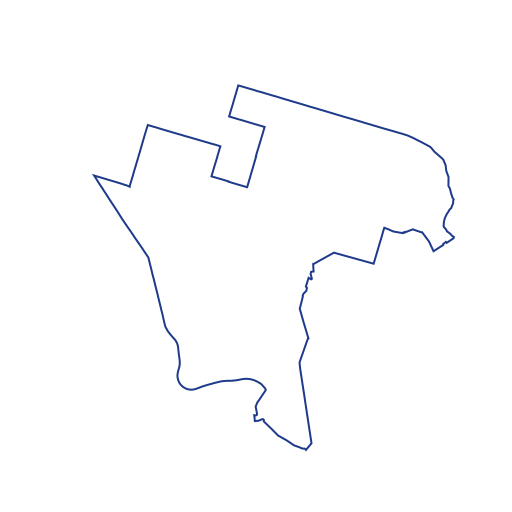 Burnside, South Australia, Australia (Natural Earth projection), rotated 20°
{"feature_id": "25037944B2025658304279", "entity_name": "Burnside", "entity_type": "district", "adm_level": 2, "iso_a3": "AUS", "parent_name": "Australia", "parent_adm1": "South Australia", "projection": "natural_earth1", "projection_center": [138.659, -34.944], "detail": "fine", "context": "isolated", "style": "outline", "palette": "blue", "viewbox_px": 512, "rotation_deg": 20, "n_neighbors": 0, "source": "geoboundaries", "source_scale": "gbopen_adm2", "svg_char_len": 5844}
<svg xmlns="http://www.w3.org/2000/svg" viewBox="0 0 512 512"><g transform="rotate(20 256 256)"><path d="M76.4,235.8L78.4,237.3L81.7,239.9L86.1,243.2L89.3,245.5L89.8,246.0L94.0,249.1L98.8,252.8L103.9,256.6L106.5,258.5L110.2,261.3L115.9,265.7L117.4,266.9L118.4,267.6L121.8,270.1L129.0,275.2L133.1,278.1L135.6,280.0L146.2,287.5L150.5,290.7L153.6,292.9L155.2,294.1L155.7,294.7L157.8,297.9L161.0,302.6L162.1,304.2L164.5,307.9L165.6,309.5L168.2,313.2L171.0,317.4L171.7,318.5L175.8,324.5L177.1,326.4L177.7,327.4L179.8,330.5L182.8,335.0L184.9,338.2L187.7,342.3L190.8,347.1L191.2,347.7L192.6,349.9L195.0,353.4L195.9,354.2L196.7,354.9L197.6,355.7L198.4,356.4L198.8,356.7L199.3,357.0L199.7,357.4L200.6,357.9L203.0,359.4L204.5,360.2L205.4,360.7L206.5,361.3L207.5,361.8L207.7,362.0L208.4,362.3L209.3,362.9L209.9,363.4L210.2,363.6L211.0,364.4L211.8,365.1L212.1,365.6L212.5,366.0L213.4,367.3L213.7,367.9L214.0,368.4L215.8,372.1L217.5,375.5L218.7,377.7L219.8,379.9L220.3,380.9L220.7,382.0L221.1,383.1L221.5,384.3L221.7,385.3L221.8,386.3L222.0,387.4L222.0,388.0L222.3,391.4L222.5,393.0L222.9,394.7L223.1,395.2L223.5,396.2L224.0,397.2L224.4,397.8L224.6,398.1L225.2,399.0L225.9,399.9L226.4,400.4L227.0,401.1L228.0,401.8L228.8,402.4L229.8,403.0L230.5,403.3L231.2,403.6L232.2,404.0L232.8,404.1L233.8,404.3L234.9,404.5L235.9,404.5L236.5,404.6L237.6,404.5L238.7,404.3L240.3,404.0L241.3,403.6L242.2,403.2L242.8,402.9L243.3,402.6L243.7,402.3L244.2,402.0L244.6,401.7L247.1,399.7L250.4,396.8L253.7,394.3L256.1,392.6L257.4,391.7L259.6,390.1L260.1,389.7L261.0,389.1L261.5,388.8L261.9,388.5L262.4,388.2L263.4,387.5L264.8,386.6L265.6,386.0L266.4,385.6L266.6,385.5L267.6,385.0L268.1,384.7L268.7,384.4L269.1,384.3L270.1,383.8L271.1,383.3L271.7,383.1L273.7,382.4L274.2,382.2L276.3,381.3L276.8,381.1L277.5,380.7L279.3,379.9L280.2,379.4L280.7,379.1L281.2,378.8L281.7,378.6L283.1,377.7L284.0,377.1L285.0,376.6L285.5,376.3L285.8,376.1L287.9,375.1L288.9,374.7L290.0,374.4L290.6,374.2L291.1,374.1L291.7,373.9L292.2,373.8L292.8,373.7L293.3,373.6L293.9,373.6L294.4,373.5L296.0,373.4L297.6,373.4L298.2,373.5L298.8,373.5L299.9,373.6L304.1,374.3L306.2,375.3L309.9,377.3L310.8,378.1L310.9,379.2L307.3,393.7L307.2,397.7L310.0,402.3L310.9,403.9L311.1,404.5L311.0,405.3L310.6,405.7L310.1,406.0L308.8,406.2L311.4,411.5L314.4,410.1L315.9,408.9L317.0,407.7L318.3,406.9L319.6,407.5L319.9,408.8L323.1,410.2L327.6,412.2L338.3,417.2L347.6,418.7L354.9,420.5L356.1,420.9L362.8,420.9L365.5,421.1L367.0,420.6L367.5,420.4L368.0,420.4L368.8,420.8L369.3,421.1L372.2,413.0L352.5,376.9L348.5,369.5L343.2,359.9L341.3,356.4L336.1,346.9L334.4,343.4L333.3,341.0L333.2,334.4L333.0,315.4L333.3,315.3L322.8,301.2L322.1,300.2L317.2,293.4L315.9,291.6L315.6,291.2L315.2,290.7L313.9,278.1L313.5,277.5L313.5,275.2L315.2,271.6L314.8,268.5L313.3,267.6L312.9,258.5L313.4,258.6L315.8,259.1L316.3,258.3L313.4,254.1L313.2,252.0L315.4,250.9L313.4,246.2L313.1,245.5L312.6,244.3L312.5,243.8L313.0,243.7L316.1,240.0L319.2,236.4L319.9,235.7L323.4,231.6L324.2,230.7L327.0,227.5L328.1,226.2L336.3,225.6L369.2,223.0L368.3,208.5L367.7,198.9L367.7,198.5L367.7,197.9L367.0,188.2L366.9,186.1L366.9,185.6L370.7,185.6L376.6,186.0L385.1,184.5L385.7,184.1L387.2,182.9L387.2,183.5L391.7,179.5L394.3,177.3L396.4,177.3L403.2,177.2L403.7,177.2L404.0,176.9L413.6,183.2L421.2,190.8L421.5,190.4L425.8,184.7L428.2,181.6L427.8,180.8L429.6,177.8L430.7,178.4L435.6,171.7L435.5,170.5L433.4,170.0L430.8,168.6L427.0,167.5L425.6,166.1L422.9,164.6L422.1,163.8L420.8,159.2L420.5,155.8L420.9,151.4L421.5,149.2L422.0,146.5L422.0,146.3L423.1,144.0L423.0,141.8L423.2,139.8L423.2,138.8L423.0,138.3L422.6,137.3L422.4,136.3L422.4,135.7L422.4,135.2L420.7,134.0L417.2,129.4L415.4,126.6L412.8,124.2L409.9,115.9L405.8,111.1L403.1,105.8L399.2,101.6L398.1,100.9L397.1,100.5L393.5,99.1L391.7,98.4L388.0,97.0L383.8,94.5L383.5,94.3L383.4,94.3L382.8,94.1L381.9,93.8L373.1,92.5L369.0,92.0L368.6,92.0L363.2,91.3L358.8,91.0L357.8,90.9L352.3,91.1L350.4,91.2L349.8,91.3L344.6,91.6L330.6,92.6L325.5,92.9L320.6,93.2L317.1,93.4L311.3,93.8L309.7,93.8L307.1,94.0L305.4,94.1L302.1,94.3L300.5,94.4L296.0,94.7L295.7,94.7L293.5,94.9L293.1,94.9L290.3,95.1L287.0,95.3L284.5,95.4L283.8,95.5L279.5,95.7L274.8,96.0L267.8,96.4L267.0,96.5L263.0,96.7L261.4,96.8L255.8,97.2L250.1,97.5L241.7,98.0L237.5,98.3L235.0,98.4L232.0,98.6L227.5,98.9L225.0,99.0L223.0,99.1L220.6,99.2L218.5,99.4L218.4,99.4L215.6,99.6L213.5,99.7L210.1,99.9L208.5,100.0L205.3,100.2L202.8,100.4L200.7,100.6L197.6,100.7L195.9,100.8L192.9,101.0L191.1,101.1L188.3,101.3L186.4,101.4L181.0,101.8L181.2,104.8L181.7,112.6L182.0,117.7L182.2,120.5L182.3,122.0L182.5,125.5L182.5,125.8L182.6,127.9L182.8,130.5L183.0,133.6L183.0,134.1L189.3,133.7L191.2,133.6L194.1,133.4L194.8,133.3L201.9,132.9L203.7,132.8L210.6,132.4L211.8,132.3L220.0,131.8L220.1,133.9L220.4,138.6L220.5,140.0L220.7,144.1L220.9,147.2L221.2,152.3L221.3,154.1L221.5,158.5L221.8,162.5L222.1,162.5L222.1,162.9L222.3,165.6L222.3,166.1L222.4,167.9L222.5,169.0L222.7,172.1L222.8,172.9L223.1,178.2L223.1,178.4L223.1,178.7L223.2,179.9L223.6,185.2L223.6,185.8L223.6,186.5L223.9,189.9L223.9,190.4L223.9,190.8L224.1,193.3L224.1,194.4L221.3,194.6L220.9,194.6L220.4,194.6L216.7,194.9L210.1,195.3L204.9,195.6L204.9,195.3L204.6,195.3L199.0,195.6L186.9,196.4L186.6,191.3L186.4,188.3L186.2,185.3L186.0,181.0L185.7,176.1L185.6,175.1L185.3,170.6L185.0,165.1L180.4,165.3L175.6,165.7L170.5,166.0L166.5,166.3L163.2,166.5L157.2,166.9L151.2,167.3L147.5,167.6L144.9,167.7L143.7,167.8L137.8,168.2L128.5,168.8L121.4,169.2L119.2,169.3L113.3,169.7L109.6,169.9L109.6,171.9L109.8,175.5L110.1,181.0L110.5,187.2L110.8,191.3L110.9,193.4L111.1,195.6L111.3,198.9L111.4,201.5L111.6,203.7L111.9,208.9L112.2,213.2L112.4,217.6L112.8,222.8L113.1,228.0L113.4,233.4L113.6,234.1L110.9,233.9L105.6,234.1L102.9,234.2L97.6,234.5L89.4,235.0L82.0,235.4L76.4,235.8Z" fill="none" stroke="#1e3a8a" stroke-width="2"/></g></svg>